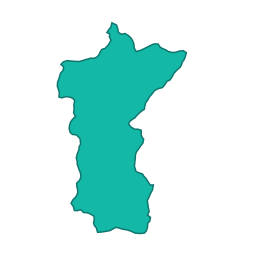 Apiacá, Espírito Santo, Brazil, rotated 174°
{"feature_id": "56859067B41801731555514", "entity_name": "Apiacá", "entity_type": "district", "adm_level": 2, "iso_a3": "BRA", "parent_name": "Brazil", "parent_adm1": "Espírito Santo", "projection": "mercator", "projection_center": [-41.557, -21.07], "detail": "fine", "context": "isolated", "style": "filled", "palette": "teal", "viewbox_px": 256, "rotation_deg": 174, "n_neighbors": 0, "source": "geoboundaries", "source_scale": "gbopen_adm2", "svg_char_len": 2289}
<svg xmlns="http://www.w3.org/2000/svg" viewBox="0 0 256 256"><g transform="rotate(174 128 128)"><path d="M126.8,21.8L122.9,21.7L120.5,23.7L118.9,27.6L118.4,31.1L116.0,33.2L115.0,36.8L117.7,39.4L115.7,42.6L116.1,46.6L116.2,49.9L116.4,53.9L114.1,57.5L112.5,60.4L110.2,63.8L108.7,68.7L111.9,69.0L114.0,73.1L115.5,76.2L117.2,78.2L118.3,80.7L121.3,82.1L124.5,83.7L125.6,89.0L124.9,92.9L124.0,96.7L123.4,100.6L122.0,103.5L120.1,105.5L117.6,108.5L114.8,111.4L113.6,115.3L115.1,117.5L115.6,120.2L115.1,124.4L118.1,125.7L121.4,126.1L124.6,128.3L127.1,131.9L125.6,134.3L122.6,136.2L120.1,137.4L118.0,139.5L115.7,141.3L113.1,143.2L109.8,144.9L109.0,148.0L107.7,151.3L105.7,153.4L103.5,156.6L100.3,159.6L97.8,162.4L93.8,164.0L89.5,164.6L86.8,167.3L84.4,170.3L81.1,171.5L79.1,173.9L76.5,177.7L73.4,180.4L69.9,182.9L68.3,185.0L67.3,187.6L65.4,189.6L63.7,192.6L62.1,196.8L65.0,199.1L69.1,199.1L72.8,198.3L76.1,198.5L79.9,199.8L82.5,201.9L85.3,203.4L87.4,204.8L89.4,208.4L93.4,208.9L96.5,207.9L100.0,206.6L103.9,205.1L107.5,203.9L111.8,203.2L113.4,206.6L113.4,210.8L114.0,213.7L115.4,216.8L117.7,219.7L121.1,222.3L124.7,221.9L127.5,224.1L127.8,227.6L128.6,231.6L133.0,234.3L134.5,230.1L136.6,228.1L139.0,225.1L136.4,223.6L137.0,220.5L135.7,217.1L138.8,212.8L142.4,209.6L145.8,208.9L147.5,206.8L149.0,204.3L151.3,201.9L154.5,200.9L157.7,201.3L162.6,200.5L166.5,199.7L169.6,199.2L172.9,199.7L177.4,200.5L181.6,201.4L185.5,200.5L188.1,198.2L185.6,195.7L186.6,192.1L189.4,189.5L191.4,184.6L193.3,180.7L193.9,176.7L192.6,171.1L193.4,165.9L190.5,164.9L187.3,165.6L184.5,165.3L182.0,164.5L179.8,163.2L178.1,160.9L179.4,156.9L179.6,152.6L180.5,148.7L179.1,144.9L182.2,142.5L184.5,139.9L185.9,136.6L186.6,133.5L185.9,129.5L183.9,127.4L179.9,126.5L176.8,122.4L176.8,116.9L178.5,114.6L179.0,111.9L181.2,107.4L182.6,103.6L182.0,100.2L182.3,97.1L181.6,94.3L180.8,90.9L179.9,87.9L179.9,84.4L181.5,81.2L184.8,78.5L185.0,74.6L184.5,71.7L184.9,68.5L186.9,65.1L190.4,62.2L192.5,59.1L190.6,55.7L189.9,51.5L187.0,51.1L183.3,51.7L181.2,48.6L178.5,48.2L176.1,47.4L173.8,45.9L171.0,43.9L171.2,40.0L172.2,37.4L171.7,34.7L169.9,31.9L169.2,27.5L165.7,27.3L161.2,27.5L156.5,27.9L153.0,29.4L150.7,30.4L148.0,29.7L143.8,27.9L139.4,26.7L135.7,25.0L131.9,22.7L126.8,21.8Z" fill="#14b8a6" stroke="#0f766e" stroke-width="1.5"/></g></svg>